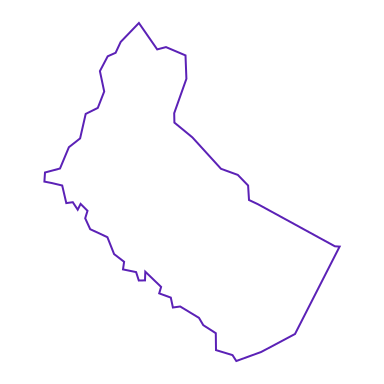 Long, Georgia, United States of America (Albers equal-area conic projection)
{"feature_id": "52423323B83955157156950", "entity_name": "Long", "entity_type": "district", "adm_level": 2, "iso_a3": "USA", "parent_name": "United States of America", "parent_adm1": "Georgia", "projection": "albers", "projection_center": [-81.796, 31.777], "detail": "fine", "context": "isolated", "style": "outline", "palette": "violet", "viewbox_px": 384, "rotation_deg": 0, "n_neighbors": 0, "source": "geoboundaries", "source_scale": "gbopen_adm2", "svg_char_len": 796}
<svg xmlns="http://www.w3.org/2000/svg" viewBox="0 0 384 384"><path d="M339.6,246.6L334.9,246.3L257.9,204.2L249.0,200.0L248.1,185.5L237.8,174.9L221.0,168.8L192.4,137.4L174.4,122.6L174.2,113.2L186.4,78.8L185.5,55.4L166.0,47.1L157.2,49.4L138.9,23.0L120.7,41.9L115.6,52.8L107.7,56.3L99.9,71.1L104.2,91.5L97.8,107.9L85.7,113.9L80.1,138.4L68.9,147.2L60.0,168.5L45.0,172.5L44.4,181.6L51.6,183.0L62.2,185.5L66.3,203.1L72.8,202.2L77.7,209.7L80.6,203.9L87.5,210.8L85.2,218.3L90.2,229.2L107.4,237.2L114.1,254.1L124.1,261.8L123.0,269.4L136.1,272.1L138.8,280.5L145.0,280.4L145.3,271.7L161.1,286.9L159.2,293.4L170.8,297.6L172.9,307.5L180.2,306.5L199.0,317.9L203.3,325.2L215.8,333.2L216.0,350.1L232.5,355.1L236.3,361.0L261.1,352.0L295.0,334.0L339.6,246.6Z" fill="none" stroke="#5b21b6" stroke-width="2"/></svg>